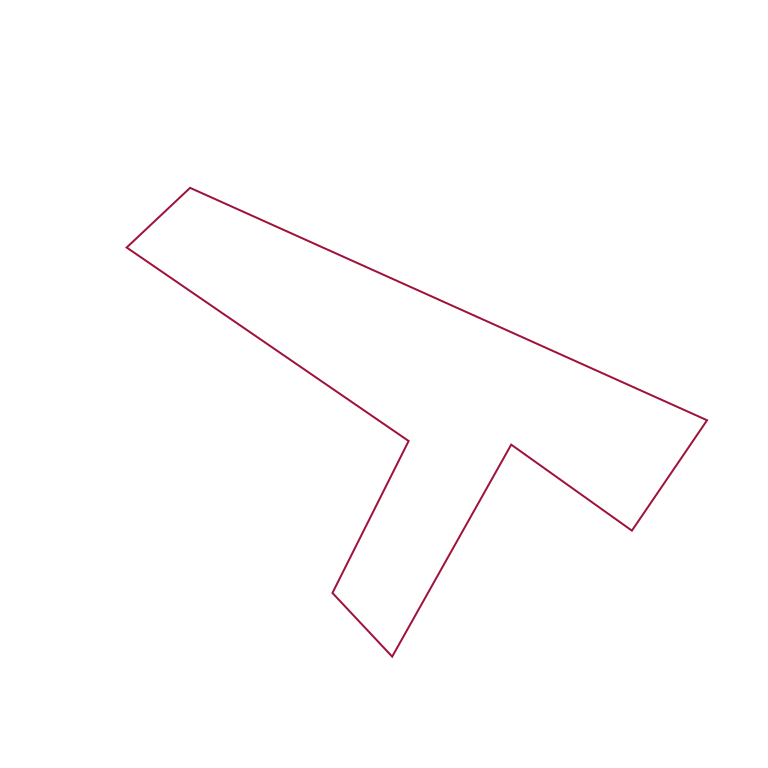 the district of Yangiyer city, Sirdaryo, Uzbekistan, rotated 313°
{"feature_id": "79887680B81011252135215", "entity_name": "Yangiyer city", "entity_type": "district", "adm_level": 2, "iso_a3": "UZB", "parent_name": "Uzbekistan", "parent_adm1": "Sirdaryo", "projection": "mercator", "projection_center": [68.818, 40.252], "detail": "fine", "context": "isolated", "style": "outline", "palette": "rose", "viewbox_px": 768, "rotation_deg": 313, "n_neighbors": 0, "source": "geoboundaries", "source_scale": "gbopen_adm2", "svg_char_len": 274}
<svg xmlns="http://www.w3.org/2000/svg" viewBox="0 0 768 768"><g transform="rotate(313 384 384)"><path d="M395.2,108.4L308.3,102.7L359.1,440.9L196.0,488.8L190.2,575.9L426.4,518.4L445.8,665.3L577.8,645.0L395.2,108.4Z" fill="none" stroke="#9f1239" stroke-width="2"/></g></svg>